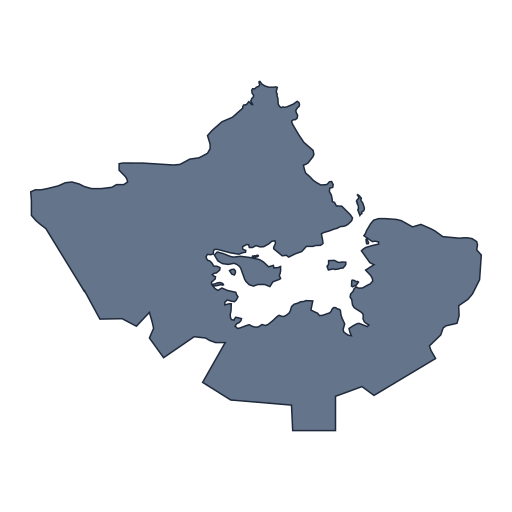 outline of Sandakan, Sabah, Malaysia
{"feature_id": "92858781B38281907433738", "entity_name": "Sandakan", "entity_type": "district", "adm_level": 2, "iso_a3": "MYS", "parent_name": "Malaysia", "parent_adm1": "Sabah", "projection": "albers", "projection_center": [118.031, 5.791], "detail": "fine", "context": "isolated", "style": "filled", "palette": "slate", "viewbox_px": 512, "rotation_deg": 0, "n_neighbors": 0, "source": "geoboundaries", "source_scale": "gbopen_adm2", "svg_char_len": 6097}
<svg xmlns="http://www.w3.org/2000/svg" viewBox="0 0 512 512"><path d="M481.3,255.0L476.7,249.9L477.5,244.9L476.7,241.6L472.1,238.6L467.4,237.8L463.7,237.8L459.5,238.2L442.7,236.6L435.2,231.1L431.4,229.0L420.9,224.4L412.6,226.9L401.2,220.6L396.2,219.4L384.9,218.6L378.6,218.6L373.6,220.2L370.7,223.6L366.5,230.7L365.6,233.2L363.9,235.7L372.3,241.6L375.3,241.2L378.6,242.0L378.6,244.1L372.8,245.4L365.6,247.5L363.1,249.2L361.4,250.8L369.8,262.6L374.0,264.7L365.6,270.1L370.7,275.5L372.3,278.5L372.8,281.0L370.2,283.9L368.2,284.8L362.4,288.0L358.7,288.2L356.0,286.9L354.1,288.8L353.0,291.5L350.6,294.1L350.1,297.1L351.7,299.5L352.5,304.9L353.9,307.3L355.5,308.6L361.1,312.1L363.0,314.0L363.2,316.4L363.0,318.8L364.3,321.8L366.2,323.4L368.9,325.0L367.3,326.6L359.2,323.4L357.3,323.6L353.6,325.5L349.0,328.5L349.8,332.0L351.4,335.7L348.2,335.2L343.9,332.2L343.1,329.5L344.7,323.9L342.1,318.3L341.0,315.1L340.4,310.5L339.6,309.4L337.5,308.9L335.6,307.6L333.5,307.6L331.9,309.4L331.3,311.0L330.0,312.7L322.7,315.3L319.5,315.6L317.6,313.2L314.4,311.8L310.9,310.0L312.8,300.9L305.8,300.6L304.2,301.4L299.9,301.9L299.1,302.7L294.0,304.3L291.6,306.5L290.3,310.8L289.2,312.9L286.5,315.1L284.1,316.4L282.0,316.4L279.0,315.3L276.9,316.7L273.1,320.4L268.0,324.5L265.3,325.5L261.9,324.5L259.7,326.1L257.6,327.1L254.9,327.1L251.7,326.1L249.3,324.7L247.1,325.3L240.1,327.9L237.7,328.5L235.0,326.1L236.9,323.6L239.1,322.6L240.9,320.7L241.5,318.6L235.8,317.2L234.5,318.8L234.0,320.2L231.5,319.6L230.5,317.7L230.2,314.8L231.0,310.8L231.3,303.8L229.1,303.8L224.8,304.9L224.8,302.2L227.3,300.0L231.0,301.1L234.5,301.7L236.4,299.8L238.0,296.8L236.6,294.7L235.8,292.3L227.3,290.4L221.9,288.0L217.9,290.4L214.9,288.5L211.7,284.5L211.4,282.3L215.2,278.9L215.5,276.7L213.6,275.9L212.2,274.6L214.4,273.2L216.3,273.0L219.8,270.0L220.0,267.6L216.8,266.2L213.9,266.2L211.7,262.8L209.8,260.9L207.7,260.3L206.6,258.7L206.1,256.6L207.4,254.4L210.9,254.7L213.3,253.9L213.6,250.4L214.7,249.4L217.6,249.4L230.2,252.8L238.8,254.2L243.1,252.6L245.5,252.3L245.8,250.4L243.1,249.4L242.6,248.6L242.6,246.7L246.6,244.5L248.7,244.8L249.3,247.5L252.5,247.5L256.0,245.6L260.0,246.9L263.7,246.7L268.6,244.0L271.8,241.3L275.0,240.8L275.5,243.5L273.7,247.2L273.7,248.8L282.2,255.8L286.3,255.3L288.7,257.1L295.1,253.9L301.8,251.5L306.4,246.4L313.1,246.4L315.0,245.6L320.6,245.3L323.0,243.5L322.7,240.5L321.4,233.8L323.8,232.5L329.4,230.9L334.3,229.0L336.9,228.4L340.2,226.6L343.7,226.3L346.1,225.5L348.2,224.1L351.7,220.7L352.5,218.0L350.4,214.8L341.8,206.2L336.4,205.9L334.5,202.4L332.4,201.6L332.1,198.7L331.3,194.9L329.4,191.7L329.7,188.2L332.7,187.4L333.2,184.7L331.6,181.5L329.4,181.8L327.3,184.2L325.7,184.7L320.9,185.0L316.0,182.3L312.8,179.9L310.4,177.2L305.8,173.2L304.8,170.8L303.4,165.2L305.6,164.4L308.0,163.0L312.8,156.9L313.9,154.4L313.1,150.4L303.9,142.4L298.4,134.2L292.6,124.3L291.9,122.5L291.6,121.2L293.3,119.8L295.5,119.6L297.2,118.1L297.6,115.2L296.4,112.9L295.7,110.7L297.4,107.8L299.1,106.4L299.5,104.5L299.0,102.6L297.2,101.3L293.1,104.2L286.3,107.1L284.6,107.3L283.0,106.9L281.1,107.6L279.6,106.4L278.2,104.2L277.9,98.3L277.0,95.8L277.2,93.9L276.5,92.9L276.3,91.3L277.3,87.4L276.0,86.9L273.6,87.2L268.9,87.2L265.0,86.0L261.9,84.1L259.9,81.4L259.0,81.7L259.2,83.6L259.7,84.4L259.3,85.7L258.3,86.5L256.4,87.2L254.7,88.9L252.6,88.7L251.8,90.1L252.1,93.2L253.7,95.4L253.3,97.0L251.8,98.5L250.8,100.9L252.6,104.5L251.6,104.5L248.9,101.6L246.3,104.7L243.7,105.0L242.7,106.6L242.8,108.1L232.4,117.3L221.9,121.8L212.1,130.4L207.5,135.6L210.1,144.1L210.1,148.7L207.5,153.3L199.0,157.8L189.8,159.1L180.0,164.4L173.4,165.0L143.3,163.1L123.0,163.0L119.1,163.7L119.1,170.2L125.6,176.8L127.0,179.4L127.6,182.0L123.7,184.6L116.5,184.6L111.9,187.3L101.4,188.6L91.6,188.6L84.4,186.6L79.2,184.0L72.0,182.0L65.4,182.7L58.2,185.9L47.7,188.5L41.2,189.8L35.3,189.8L30.7,191.8L31.4,200.3L31.4,215.4L35.9,220.6L40.5,224.5L45.8,228.5L84.3,291.3L84.6,290.9L99.9,319.1L122.1,318.7L136.4,326.2L149.4,312.4L152.3,322.5L153.6,328.3L149.4,338.0L163.6,357.7L194.2,336.7L205.5,338.0L209.7,340.5L215.6,342.6L225.2,342.6L202.6,382.4L230.7,400.0L291.5,405.1L292.7,430.6L335.5,430.6L335.5,396.3L361.9,386.6L374.0,395.4L435.6,358.5L431.0,350.5L429.4,345.9L440.7,335.0L443.2,327.9L446.1,325.8L457.0,323.3L459.1,315.7L458.7,305.7L467.9,299.4L472.5,293.9L479.6,279.7L481.3,255.0ZM230.0,256.3L223.2,253.6L217.3,252.0L214.4,255.0L217.9,260.9L222.4,263.6L228.3,264.4L234.0,263.3L236.9,264.4L239.6,266.5L240.9,268.7L244.7,279.4L246.0,281.5L249.3,284.8L253.5,286.1L257.8,284.5L264.8,284.5L269.9,286.6L272.9,281.8L279.3,279.4L280.6,278.6L279.3,275.4L280.1,273.5L280.6,270.8L280.6,266.5L278.0,267.6L273.9,267.9L273.4,265.4L268.6,266.8L263.5,262.0L259.4,259.5L249.3,257.4L240.4,256.3L233.4,257.1L230.0,256.3ZM337.8,262.2L334.5,260.4L328.6,260.6L328.6,263.6L328.1,265.2L327.0,266.3L328.4,270.0L333.2,268.9L335.1,269.5L338.8,268.9L341.0,268.1L342.9,268.1L344.7,266.2L345.8,264.4L345.8,262.2L341.5,262.0L339.9,262.5L337.8,262.2ZM359.9,215.4L360.5,214.4L361.9,213.6L361.5,212.3L362.2,211.6L363.6,210.9L364.3,209.1L364.3,207.8L362.8,203.1L361.0,200.5L360.8,199.4L361.2,199.0L361.4,198.3L359.5,196.0L357.8,194.6L357.4,195.0L358.0,195.6L358.9,198.1L357.0,200.0L356.4,201.3L356.8,202.1L357.4,202.4L357.4,203.1L357.1,203.4L358.2,205.6L358.4,206.7L358.5,208.5L358.3,209.1L357.8,209.4L357.9,210.1L359.9,215.4ZM354.2,280.4L352.2,280.1L351.7,280.9L351.5,286.1L352.7,286.8L354.1,285.9L356.1,285.4L358.5,282.1L357.5,281.4L356.0,281.6L354.2,280.4ZM234.7,274.6L235.5,272.2L235.3,270.7L233.9,269.2L231.3,269.6L229.5,270.7L231.8,274.1L234.3,275.0L234.7,274.6ZM223.2,284.1L222.1,283.2L220.4,282.6L219.5,282.5L217.3,282.9L214.3,284.1L212.8,284.3L212.6,285.0L213.1,285.7L214.9,285.9L218.3,285.4L220.1,284.7L222.9,285.1L223.5,284.8L223.2,284.1ZM367.6,243.9L368.4,243.6L368.5,242.4L367.2,239.8L366.4,239.0L366.0,239.4L366.4,242.9L366.8,243.8L367.6,243.9ZM257.6,256.7L258.4,255.9L258.2,255.5L257.2,255.2L256.0,255.8L254.4,255.8L253.1,256.2L252.6,256.0L252.3,256.3L252.6,257.0L253.4,257.3L254.5,257.0L255.7,257.3L256.3,256.9L257.6,256.7Z" fill="#64748b" stroke="#1e293b" stroke-width="1.5"/></svg>